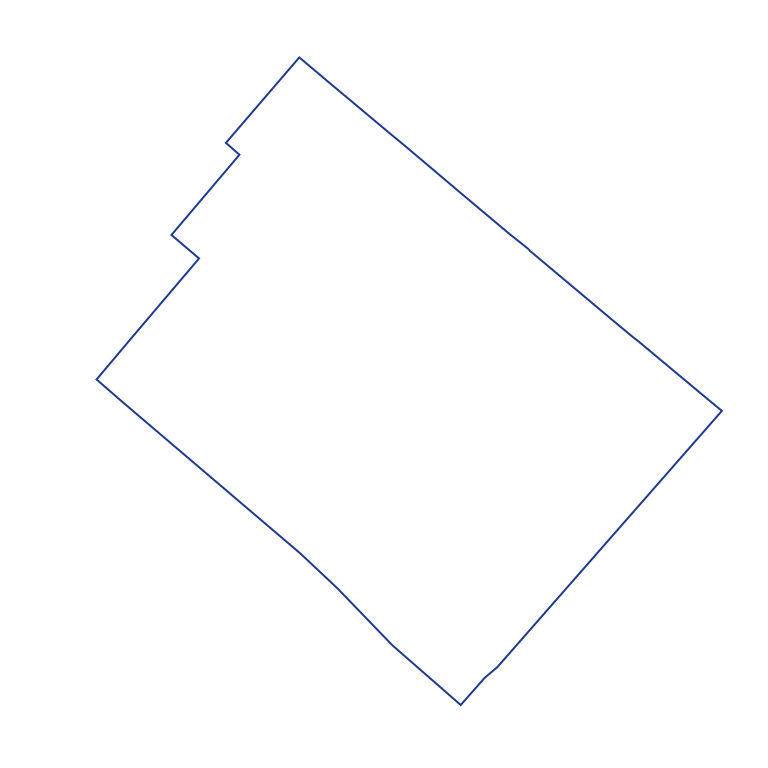 Ripley, Missouri, United States of America, rotated 220°
{"feature_id": "52423323B14772926115181", "entity_name": "Ripley", "entity_type": "district", "adm_level": 2, "iso_a3": "USA", "parent_name": "United States of America", "parent_adm1": "Missouri", "projection": "robinson", "projection_center": [-90.827, 36.661], "detail": "fine", "context": "isolated", "style": "outline", "palette": "blue", "viewbox_px": 768, "rotation_deg": 220, "n_neighbors": 0, "source": "geoboundaries", "source_scale": "gbopen_adm2", "svg_char_len": 634}
<svg xmlns="http://www.w3.org/2000/svg" viewBox="0 0 768 768"><g transform="rotate(220 384 384)"><path d="M118.9,187.4L118.0,223.8L115.2,240.0L107.9,580.6L138.1,580.4L138.5,580.4L216.5,580.2L226.0,579.9L253.3,579.8L271.5,579.8L273.9,579.8L355.4,579.8L357.8,579.8L358.1,579.9L360.9,580.2L384.3,579.6L450.4,579.6L452.3,579.6L469.1,579.7L523.6,579.9L541.9,579.7L581.7,579.7L586.4,579.7L622.4,579.6L629.5,579.7L640.7,579.7L649.7,579.7L658.8,579.7L660.1,467.1L642.1,466.7L642.6,361.5L606.4,361.3L607.0,256.5L607.1,202.7L572.1,202.1L339.0,200.4L288.0,197.5L209.5,189.2L118.9,187.4Z" fill="none" stroke="#1e3a8a" stroke-width="2"/></g></svg>